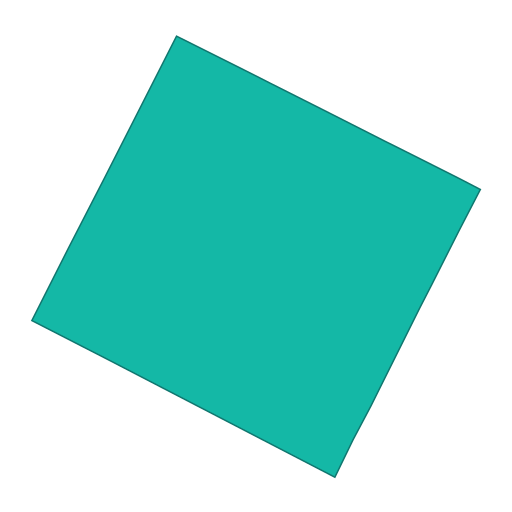 the district of Winnebago, Wisconsin, United States of America, rotated 27°
{"feature_id": "52423323B37520871784820", "entity_name": "Winnebago", "entity_type": "district", "adm_level": 2, "iso_a3": "USA", "parent_name": "United States of America", "parent_adm1": "Wisconsin", "projection": "equal_earth", "projection_center": [-88.588, 44.069], "detail": "fine", "context": "isolated", "style": "filled", "palette": "teal", "viewbox_px": 512, "rotation_deg": 27, "n_neighbors": 0, "source": "geoboundaries", "source_scale": "gbopen_adm2", "svg_char_len": 419}
<svg xmlns="http://www.w3.org/2000/svg" viewBox="0 0 512 512"><g transform="rotate(27 256 256)"><path d="M85.4,96.2L85.6,255.5L85.3,334.3L85.6,415.3L171.0,415.5L426.7,417.3L425.9,375.7L426.5,337.3L426.3,317.7L425.9,271.8L425.5,228.6L425.6,201.7L425.4,141.1L425.7,94.9L402.8,94.7L401.0,94.7L340.6,95.0L317.6,95.2L255.7,95.3L189.0,95.6L170.3,95.6L85.4,96.2Z" fill="#14b8a6" stroke="#0f766e" stroke-width="1.5"/></g></svg>